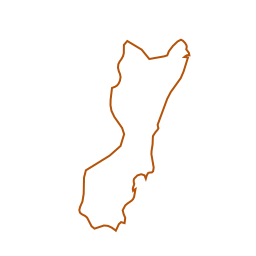 SVG path tracing the border of Zambales, rotated 212°
{"feature_id": "PHL-2560", "entity_name": "Zambales", "entity_type": "Province", "adm_level": 1, "iso_a3": "PHL", "parent_name": "Philippines", "parent_adm1": "", "projection": "natural_earth1", "projection_center": [120.095, 15.304], "detail": "fine", "context": "isolated", "style": "outline", "palette": "amber", "viewbox_px": 256, "rotation_deg": 212, "n_neighbors": 0, "source": "natural_earth", "source_scale": "10m", "svg_char_len": 1399}
<svg xmlns="http://www.w3.org/2000/svg" viewBox="0 0 256 256"><g transform="rotate(212 128 128)"><path d="M135.3,207.9L133.2,210.4L134.0,214.8L133.4,221.4L131.8,227.6L129.9,230.9L127.7,231.1L124.8,230.4L122.2,229.1L121.1,227.8L120.3,225.6L116.2,224.0L114.5,222.2L115.9,221.5L116.7,220.7L117.3,219.6L117.8,218.1L117.1,218.5L114.5,219.5L110.8,205.4L109.7,198.2L110.8,181.1L110.2,173.5L104.6,146.5L103.1,144.8L102.1,144.0L102.0,142.1L102.5,138.9L102.6,134.6L101.9,133.1L98.6,127.4L95.9,121.1L94.3,118.2L85.2,108.0L83.8,104.6L84.2,103.0L86.6,101.2L87.1,100.2L87.0,98.4L86.8,97.1L86.0,94.4L89.0,96.6L92.3,95.8L94.9,92.8L95.9,88.5L95.7,87.2L94.9,85.8L94.0,84.6L93.2,84.1L92.8,83.2L92.4,81.1L91.7,78.9L90.4,77.5L90.2,78.3L89.3,80.2L86.4,73.0L86.0,70.5L86.4,68.4L88.5,63.5L89.3,60.9L88.9,55.4L86.1,52.7L82.7,50.3L80.5,45.5L84.0,44.5L84.8,41.6L83.9,34.5L84.5,34.6L89.0,34.9L93.1,34.4L96.7,32.6L103.1,24.9L106.9,25.4L115.1,30.3L117.4,30.7L121.8,30.4L123.9,30.8L125.8,32.6L126.8,35.6L127.7,41.6L130.7,48.7L139.0,62.6L141.3,69.8L128.9,94.9L124.8,108.8L128.0,120.7L133.0,124.9L145.5,130.2L151.1,133.8L154.9,138.0L157.8,142.9L162.8,153.5L160.9,156.0L159.8,158.2L159.5,160.6L159.9,163.8L161.3,167.3L163.4,169.5L165.9,171.3L168.5,173.9L170.0,177.0L170.3,179.9L170.1,182.9L170.3,186.3L171.2,189.2L175.5,196.3L174.7,201.4L157.9,201.7L146.5,197.8L135.3,207.9Z" fill="none" stroke="#b45309" stroke-width="2"/></g></svg>